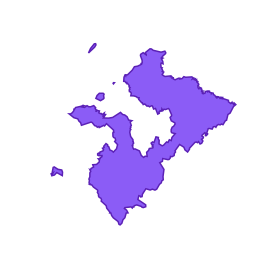 Serang, Banten, Indonesia, rotated 305°
{"feature_id": "22746128B3242616561013", "entity_name": "Serang", "entity_type": "district", "adm_level": 2, "iso_a3": "IDN", "parent_name": "Indonesia", "parent_adm1": "Banten", "projection": "mercator", "projection_center": [106.13, -6.072], "detail": "fine", "context": "isolated", "style": "filled", "palette": "violet", "viewbox_px": 256, "rotation_deg": 305, "n_neighbors": 0, "source": "geoboundaries", "source_scale": "gbopen_adm2", "svg_char_len": 5976}
<svg xmlns="http://www.w3.org/2000/svg" viewBox="0 0 256 256"><g transform="rotate(305 128 128)"><path d="M72.0,120.7L71.0,122.4L69.4,122.5L66.2,124.7L63.7,125.3L63.3,126.2L60.5,127.7L60.4,129.6L59.9,129.3L60.6,131.1L59.8,133.5L59.7,138.6L59.1,139.4L57.7,139.8L56.8,141.8L55.4,142.8L54.7,144.1L54.9,146.1L54.1,147.4L52.7,148.0L51.9,154.6L50.1,156.6L48.6,161.5L47.9,161.7L48.5,162.7L46.9,164.8L46.0,167.5L45.7,173.5L43.9,175.9L44.1,177.1L46.4,177.6L49.9,176.5L52.7,176.9L57.3,175.3L58.5,176.7L59.9,174.0L60.0,171.2L61.0,171.1L65.1,175.7L64.9,177.4L66.1,177.2L66.6,178.1L67.9,177.7L70.0,179.3L71.4,184.0L71.1,185.0L71.6,186.2L73.7,187.7L75.2,186.6L75.1,177.1L78.8,175.7L79.2,177.1L78.8,178.0L79.9,178.9L82.0,177.8L88.5,177.5L89.9,181.7L91.9,183.1L92.6,185.7L94.3,186.6L99.9,186.1L102.1,186.7L104.2,186.0L105.8,186.6L108.2,184.6L114.7,181.2L117.8,173.9L120.4,175.3L122.9,174.0L125.0,178.9L125.9,179.7L127.7,179.8L129.1,179.1L129.7,180.5L131.9,181.6L133.7,180.6L135.6,180.7L136.3,179.6L144.1,179.7L144.3,184.8L142.7,187.3L142.5,190.6L145.7,190.6L146.8,190.0L154.7,191.1L155.7,192.0L155.8,193.3L157.3,193.6L156.2,196.2L157.7,197.1L160.3,196.8L161.0,194.7L162.4,195.4L163.9,195.0L163.8,193.1L164.5,192.8L168.2,193.6L168.2,194.7L166.4,195.5L166.3,196.3L168.4,196.8L169.0,196.5L168.8,195.5L173.4,194.1L174.1,194.6L175.4,197.6L178.0,197.2L179.2,198.6L179.0,199.6L181.3,199.4L182.8,200.1L183.4,201.7L184.8,202.2L185.2,203.9L190.0,203.6L190.8,204.3L196.4,202.1L198.7,203.1L206.1,202.1L209.0,202.9L209.3,201.1L208.5,201.6L208.8,200.6L208.0,200.8L208.5,199.1L207.8,198.6L208.4,198.3L206.3,197.7L207.0,197.7L207.1,195.2L208.3,194.4L206.6,188.9L205.9,188.4L206.1,187.8L207.2,187.9L206.4,186.4L205.6,187.0L205.0,186.5L205.6,184.6L204.3,183.9L205.1,183.5L204.6,182.6L203.7,182.7L204.6,180.1L204.4,178.9L205.4,177.8L204.8,176.5L204.0,176.5L204.6,175.9L204.1,174.2L204.9,173.6L204.7,172.9L203.4,172.5L203.8,171.8L202.4,170.6L202.8,170.2L200.9,171.1L199.2,170.0L199.0,169.1L199.5,168.8L199.4,169.6L200.0,169.6L200.1,167.7L201.3,168.3L200.8,167.1L202.1,166.2L201.9,165.3L202.7,165.1L202.4,163.6L200.8,163.6L201.1,162.4L202.3,161.3L202.9,161.7L203.0,160.9L204.5,160.9L205.0,158.9L206.0,158.8L206.1,158.1L205.5,157.7L207.0,156.4L206.0,156.1L205.8,155.2L206.8,154.8L205.8,154.1L206.6,153.4L205.1,152.6L206.5,152.4L206.5,151.0L202.6,146.1L202.1,144.3L199.4,143.9L197.8,142.2L198.5,141.9L197.7,140.8L194.5,138.9L194.2,136.8L195.1,136.3L194.3,135.3L195.0,135.1L195.3,133.9L194.5,133.4L195.1,133.0L191.4,128.7L191.2,126.8L191.3,125.4L194.3,125.2L194.0,123.7L194.8,123.8L196.1,121.5L196.9,121.5L196.6,120.4L199.0,118.3L200.3,118.0L200.7,119.9L202.5,118.3L203.8,115.8L204.4,116.2L204.5,115.5L205.3,116.2L205.2,115.2L206.7,115.2L210.5,116.1L211.4,115.7L212.1,114.1L209.1,111.6L206.1,104.1L206.2,101.9L205.5,100.6L199.9,99.0L199.1,99.2L198.8,100.7L198.3,101.0L198.4,97.2L195.6,96.1L194.4,96.7L191.7,100.6L189.5,102.3L188.4,101.7L187.9,102.5L184.2,100.4L181.9,98.1L177.8,98.3L171.3,97.1L170.4,95.9L169.6,96.2L170.1,95.3L169.9,95.1L167.3,95.6L163.8,97.7L164.4,98.6L163.9,100.4L164.5,100.8L163.7,101.6L164.2,102.0L163.4,104.8L162.5,105.1L162.3,106.3L161.9,106.0L160.6,107.4L159.9,107.1L158.6,108.3L159.0,109.3L158.3,110.8L156.0,111.8L157.7,114.5L158.5,117.1L158.2,118.3L159.1,119.7L157.6,120.3L156.5,124.8L156.9,125.2L155.9,127.0L157.3,128.0L156.8,131.1L157.7,131.8L157.7,133.5L159.8,134.6L160.0,135.4L158.2,138.1L159.8,139.3L156.4,144.4L157.9,145.2L158.7,144.2L159.9,144.8L160.6,144.4L161.1,145.8L163.1,144.8L162.3,146.6L164.0,146.7L164.6,148.1L167.1,149.9L167.0,150.9L163.9,156.0L163.0,156.7L160.8,156.4L158.7,159.3L159.1,163.4L158.2,164.3L155.6,164.4L154.0,163.7L151.4,164.3L149.6,165.6L149.2,166.7L150.5,169.9L145.5,169.4L142.5,170.6L142.1,168.6L139.1,169.0L138.7,167.6L134.3,167.0L133.0,166.2L132.8,162.5L135.8,160.6L136.5,158.9L137.7,158.3L136.8,156.0L131.0,157.6L130.7,156.1L128.9,155.6L128.3,156.6L128.5,158.3L127.1,158.1L126.9,159.4L125.9,159.7L123.4,157.2L121.4,157.7L118.8,157.2L115.7,160.0L114.7,158.2L112.9,157.7L113.1,154.7L115.8,150.5L114.9,145.7L113.9,144.9L114.5,143.6L116.1,141.6L116.4,142.0L117.7,141.2L118.9,141.3L119.8,139.7L120.7,140.0L120.2,139.5L121.3,138.7L122.6,135.0L125.5,131.9L127.8,130.9L128.3,131.2L129.0,129.9L130.0,130.0L130.5,129.3L131.9,129.3L134.2,126.3L136.2,127.0L134.9,123.9L136.7,120.8L136.8,117.8L136.0,115.9L136.5,112.9L127.9,109.4L125.0,106.5L122.1,102.0L126.2,101.9L125.8,101.1L122.5,100.9L126.1,101.0L124.9,100.4L126.6,99.9L124.2,99.1L124.5,97.8L125.0,97.8L123.9,97.2L123.7,95.4L125.6,94.8L124.6,92.6L124.1,92.6L124.6,92.4L123.6,92.5L123.5,92.2L124.8,92.1L124.6,91.2L123.9,91.2L124.8,91.0L125.3,89.8L126.1,89.8L126.7,87.1L124.0,85.2L122.9,83.6L122.8,81.6L119.9,80.6L118.0,76.3L114.7,73.3L112.7,73.4L112.4,72.9L111.2,73.7L108.6,73.6L106.6,72.9L105.8,71.7L105.4,77.8L106.7,81.6L105.5,83.8L105.2,86.1L103.5,88.3L111.7,94.4L111.9,95.6L110.8,99.3L111.4,101.2L111.0,102.4L112.5,103.3L111.9,104.2L116.2,106.6L116.2,107.6L119.2,107.9L118.0,117.3L116.3,118.8L116.0,118.3L115.3,118.4L112.6,120.4L112.0,121.6L112.3,123.3L110.9,124.9L109.3,124.8L108.4,129.0L104.4,130.5L99.8,129.8L100.1,127.9L99.6,125.9L101.7,122.8L101.5,121.6L102.6,120.9L102.6,118.9L99.1,118.6L98.3,119.6L96.8,118.7L96.1,120.5L94.9,120.6L92.2,118.8L90.6,119.5L90.5,118.2L89.5,117.9L88.4,118.7L88.6,120.1L90.5,122.5L89.5,123.1L87.1,122.2L87.0,122.7L86.4,122.7L85.7,121.4L85.1,123.1L83.6,123.9L80.1,123.1L77.7,120.2L76.3,122.2L73.6,120.9L72.1,121.4L72.0,120.7ZM52.8,89.3L47.5,91.7L48.6,92.3L46.8,92.5L47.1,91.8L46.4,91.3L45.2,93.0L47.3,94.7L50.6,95.2L51.3,101.5L54.3,99.7L55.6,97.8L54.0,94.3L53.8,89.9L52.8,89.3ZM142.2,87.7L140.0,84.6L136.9,84.0L133.8,84.7L134.6,89.8L137.7,91.2L138.7,91.2L140.6,89.4L142.0,89.0L142.2,87.7ZM171.7,51.7L166.8,52.6L175.0,54.3L177.7,54.1L178.5,53.1L177.6,52.1L171.7,51.7ZM156.8,90.1L156.0,90.2L155.8,90.8L157.3,90.9L156.8,90.1ZM121.0,79.2L120.6,78.3L120.2,78.7L121.0,79.2ZM119.5,77.8L119.9,77.8L119.5,77.5L119.5,77.8Z" fill="#8b5cf6" stroke="#5b21b6" stroke-width="1.5"/></g></svg>